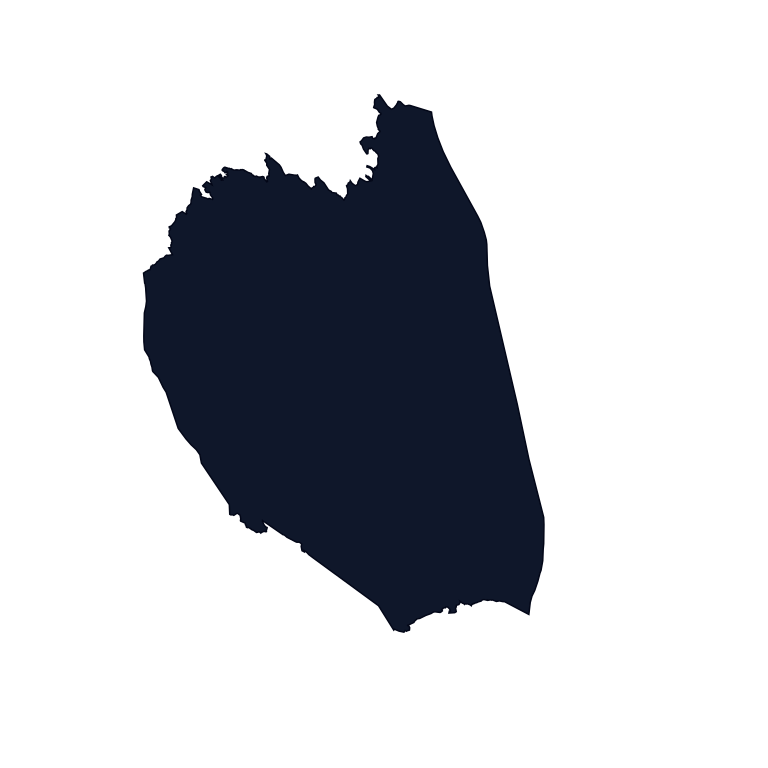 "Østre Toten" nor, Oppland, Norway (Equal Earth projection), rotated 53°
{"feature_id": "86288312B18082183204851", "entity_name": "\"Østre Toten\" nor", "entity_type": "district", "adm_level": 2, "iso_a3": "NOR", "parent_name": "Norway", "parent_adm1": "Oppland", "projection": "equal_earth", "projection_center": [10.862, 60.623], "detail": "fine", "context": "isolated", "style": "filled", "palette": "ink", "viewbox_px": 768, "rotation_deg": 53, "n_neighbors": 0, "source": "geoboundaries", "source_scale": "gbopen_adm2", "svg_char_len": 6170}
<svg xmlns="http://www.w3.org/2000/svg" viewBox="0 0 768 768"><g transform="rotate(53 384 384)"><path d="M150.5,213.6L149.7,214.7L150.4,214.7L150.9,215.3L151.9,215.5L151.8,216.3L151.1,217.1L151.6,218.4L151.2,219.3L151.4,220.3L153.3,222.1L155.2,223.3L156.9,225.8L157.7,225.7L158.3,225.1L160.7,224.0L164.4,224.2L165.9,223.6L166.6,224.0L166.8,224.9L166.3,226.5L167.3,228.2L170.7,232.5L174.0,234.1L176.7,234.8L177.1,235.3L179.7,235.0L180.1,235.4L180.0,236.6L180.3,238.4L182.6,242.2L182.1,243.4L182.5,243.9L181.1,245.2L179.3,244.7L177.9,247.5L176.1,249.5L175.2,252.2L176.2,255.6L176.3,257.5L177.2,257.5L177.5,257.9L178.2,258.1L180.2,257.8L184.0,259.0L189.8,259.3L190.3,258.5L190.2,258.1L187.3,255.7L186.7,254.1L187.8,253.6L187.7,252.4L188.1,251.8L191.5,251.6L193.1,250.8L194.2,251.0L196.5,250.5L198.9,251.2L200.3,253.3L205.0,256.6L205.9,258.8L207.1,259.4L205.9,260.3L205.7,260.9L205.8,261.4L207.1,262.4L201.8,264.5L199.5,266.1L200.3,267.1L203.1,265.2L206.6,264.8L209.4,265.8L213.9,270.7L208.8,271.5L208.0,272.4L206.6,272.8L207.5,273.7L213.8,272.4L212.2,276.0L210.4,277.2L205.2,279.4L207.1,283.3L208.7,284.9L208.6,286.9L208.0,287.7L204.5,288.7L201.4,288.6L202.1,289.4L202.1,291.9L203.0,292.5L203.1,294.6L206.1,295.6L210.5,298.7L210.8,300.4L211.8,301.8L211.8,303.2L212.6,303.8L213.0,305.3L210.4,305.5L208.2,306.1L207.4,306.0L207.0,306.7L205.6,306.8L204.6,307.6L202.9,307.2L199.6,310.5L198.6,310.2L195.6,311.5L187.2,310.9L182.8,312.0L179.1,312.0L178.3,315.0L178.7,315.7L181.6,317.8L183.6,318.2L184.3,318.8L184.7,320.9L184.0,321.4L184.4,322.0L184.1,324.1L184.4,324.6L180.3,325.5L176.8,325.6L174.2,326.4L174.3,326.8L170.8,327.7L168.1,327.9L165.0,327.3L164.8,328.0L163.3,329.8L159.2,333.7L158.2,337.3L154.5,337.1L148.9,335.8L146.0,335.7L135.7,338.0L135.2,339.1L136.1,339.3L135.6,340.0L133.5,338.3L129.7,339.2L128.9,339.8L130.1,339.9L131.5,340.6L133.5,343.0L133.9,343.6L133.4,344.4L133.7,344.6L137.1,344.7L138.7,346.0L143.7,346.3L146.6,349.4L148.6,350.4L147.9,352.3L148.7,353.6L152.2,355.2L152.0,356.0L147.6,356.1L146.7,355.4L146.1,355.5L145.3,356.0L144.4,357.9L144.5,358.5L144.1,358.6L144.3,359.0L141.0,360.9L140.9,361.9L140.1,362.6L138.9,362.7L138.3,363.0L138.7,363.2L137.9,363.5L136.0,363.3L133.1,365.3L130.2,366.5L130.0,367.0L128.8,367.0L127.3,368.3L127.2,368.9L126.4,369.7L126.6,370.4L124.6,372.4L124.6,372.8L124.1,373.0L122.9,375.2L120.2,376.4L120.4,376.9L118.7,377.7L118.6,378.1L116.4,379.7L116.7,379.9L115.2,380.5L114.9,381.1L114.9,382.2L115.3,383.7L115.5,383.7L115.4,384.1L116.0,384.6L117.2,384.3L117.6,383.8L119.7,383.8L119.6,381.5L120.4,381.2L120.7,381.4L120.5,381.6L120.8,382.4L122.1,382.4L122.0,383.8L123.9,383.3L124.0,385.6L122.5,386.1L122.4,386.7L123.2,387.8L122.7,389.1L119.8,389.0L119.6,388.4L118.0,388.5L117.8,390.4L124.1,390.1L123.4,391.3L121.4,390.8L117.5,391.7L117.3,392.8L117.6,395.2L115.0,396.0L114.6,397.6L116.6,398.5L116.9,400.2L121.5,401.5L115.8,403.9L116.6,409.5L117.5,409.6L119.8,408.2L121.1,410.2L123.7,410.6L125.0,409.6L126.1,407.7L128.6,408.8L131.8,408.8L133.2,409.4L133.4,409.9L130.5,412.0L130.4,413.4L129.1,413.8L124.9,416.9L122.8,417.0L122.8,415.7L119.0,415.4L117.4,414.8L112.8,418.0L117.1,422.9L119.0,424.4L121.0,427.3L122.8,428.7L124.0,430.2L124.0,432.7L124.8,435.2L126.4,436.5L127.1,438.2L128.8,439.1L129.3,439.0L129.4,439.8L124.9,441.4L124.1,448.1L126.2,449.4L126.7,450.8L127.5,451.4L128.5,453.2L129.8,458.5L129.2,461.0L130.2,461.5L130.9,460.9L131.7,461.1L132.5,463.6L135.3,465.4L135.7,466.3L138.2,466.1L142.5,467.2L143.3,468.8L144.4,469.4L144.7,470.6L146.0,471.2L146.6,471.9L146.7,472.4L145.7,473.9L153.4,475.1L151.6,478.6L150.2,480.3L150.3,482.1L150.8,483.8L149.4,487.7L150.1,490.0L149.9,492.0L150.3,492.7L150.8,494.7L150.5,496.3L149.7,497.3L150.1,498.8L149.8,499.2L151.9,501.9L151.2,503.7L151.3,504.9L150.9,506.0L150.7,509.3L159.5,514.5L160.0,514.4L163.8,516.5L174.9,523.8L178.8,527.6L183.0,532.6L201.2,547.0L206.0,550.5L212.6,554.6L221.0,555.4L222.7,556.2L225.5,556.9L227.8,558.1L231.0,559.2L234.1,560.9L235.1,561.1L242.9,560.2L253.8,562.4L259.4,562.9L295.7,575.1L308.6,575.2L316.6,574.6L323.5,573.4L329.7,573.6L337.3,577.4L387.2,580.1L395.2,585.6L396.2,585.2L397.5,583.5L398.5,583.0L398.7,579.8L399.2,578.7L402.3,577.9L405.6,579.6L406.5,580.7L407.2,581.0L411.5,578.6L413.2,579.4L414.4,579.2L415.0,579.9L415.6,580.0L416.5,579.6L416.9,578.7L417.9,578.1L421.1,577.1L422.4,576.2L425.8,575.2L426.5,573.9L426.4,573.2L427.6,572.3L428.9,572.1L428.7,571.6L429.0,570.8L428.9,570.2L429.6,568.4L431.0,567.2L431.1,566.7L429.4,565.5L429.4,564.9L428.3,563.7L426.8,564.5L424.6,564.6L420.5,563.8L419.9,563.2L443.7,555.3L444.4,554.5L448.1,553.7L457.2,549.3L458.0,548.7L459.2,547.0L460.6,546.4L462.2,546.0L463.9,547.9L467.8,549.8L470.1,548.7L469.0,548.0L471.9,547.0L475.1,546.7L481.0,545.0L557.8,521.8L586.4,524.3L586.1,523.2L590.4,520.7L594.2,517.4L593.6,515.5L595.0,514.8L595.1,513.7L595.8,512.1L595.8,511.7L594.0,510.1L592.4,509.8L591.6,510.3L591.0,510.3L592.4,503.7L591.7,501.8L591.5,498.8L592.7,496.6L594.0,489.8L595.6,484.6L595.9,481.7L596.7,480.3L600.2,476.7L600.4,475.8L600.3,473.9L598.8,473.5L598.9,472.4L598.6,471.9L599.0,470.4L599.7,469.7L599.3,468.4L600.7,467.3L603.3,467.0L605.2,467.6L604.7,468.5L606.0,470.0L609.2,465.1L609.3,463.3L606.0,461.7L605.7,460.8L604.3,459.3L605.2,456.9L604.1,454.3L603.4,454.1L606.3,453.2L607.3,452.4L608.5,452.4L608.5,451.2L609.3,450.6L609.8,449.6L612.2,448.1L613.3,447.8L613.0,447.6L613.3,447.3L613.0,447.0L613.1,446.1L612.7,445.7L613.4,444.9L613.2,444.6L613.8,443.7L613.7,442.7L614.4,441.7L614.7,439.9L615.8,437.1L615.6,435.2L616.4,433.8L619.1,431.5L618.9,431.2L619.6,430.7L620.4,428.9L621.2,428.4L621.8,427.3L625.3,425.1L626.7,422.3L629.2,420.2L630.4,418.7L655.2,407.0L646.5,398.7L642.4,393.4L639.6,387.9L634.0,379.7L629.0,373.4L627.3,370.7L620.7,363.6L612.0,356.5L607.7,352.6L592.6,340.9L586.6,336.7L531.2,313.5L480.5,289.8L369.4,240.7L351.6,230.1L334.4,217.9L330.5,215.6L323.1,212.6L313.2,209.4L306.2,208.1L250.9,200.2L234.0,196.9L219.8,192.9L207.7,188.5L198.9,184.4L195.4,182.4L177.3,195.5L176.4,196.4L174.8,199.7L172.7,200.5L168.5,201.1L167.1,202.1L166.8,202.8L168.0,204.4L167.9,204.7L168.6,206.1L169.6,210.1L169.1,212.7L164.1,214.1L150.5,213.6Z" fill="#0f172a" stroke="#020617" stroke-width="1.5"/></g></svg>